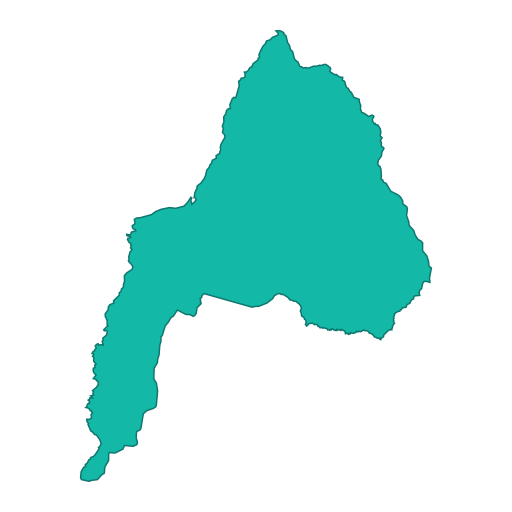 outline of San Andrès, Antioquia, Colombia
{"feature_id": "7082276B55021826585662", "entity_name": "San Andrès", "entity_type": "district", "adm_level": 2, "iso_a3": "COL", "parent_name": "Colombia", "parent_adm1": "Antioquia", "projection": "orthographic", "projection_center": [-75.67, 6.907], "detail": "fine", "context": "isolated", "style": "filled", "palette": "teal", "viewbox_px": 512, "rotation_deg": 0, "n_neighbors": 0, "source": "geoboundaries", "source_scale": "gbopen_adm2", "svg_char_len": 5976}
<svg xmlns="http://www.w3.org/2000/svg" viewBox="0 0 512 512"><path d="M276.0,30.9L278.2,33.2L277.8,35.2L272.5,37.3L270.1,39.8L266.4,41.0L265.6,43.4L263.1,46.1L260.9,50.0L258.9,54.8L259.6,57.1L258.2,58.2L258.1,59.8L253.0,63.8L252.1,65.9L252.3,66.6L249.8,67.7L248.0,70.8L246.2,72.0L244.4,72.1L245.1,74.0L244.9,77.1L243.7,77.9L241.3,78.1L240.2,80.2L238.6,81.3L239.2,85.7L236.0,97.1L235.4,97.8L233.9,97.3L232.3,98.7L229.8,104.8L230.5,108.6L228.5,108.6L226.5,110.5L225.9,113.6L223.7,116.9L223.9,121.9L222.3,126.3L223.3,128.4L222.5,132.6L224.5,134.7L225.0,137.1L220.9,144.5L220.3,147.6L220.7,150.3L219.8,151.8L219.7,153.4L216.1,155.6L216.3,158.3L212.4,160.2L211.6,162.9L209.8,165.2L209.2,167.3L206.8,170.1L205.5,175.7L204.0,178.9L200.8,183.2L197.2,185.9L196.8,188.7L194.9,192.5L194.1,197.6L195.1,197.4L196.2,199.6L195.1,201.4L191.9,204.4L190.8,200.1L191.8,198.0L190.9,197.3L187.5,202.5L183.9,206.2L175.7,208.3L169.4,207.6L161.2,209.3L155.6,211.6L151.3,214.7L140.2,217.7L136.3,218.1L134.3,219.4L135.0,223.0L134.6,224.2L132.4,225.6L132.2,226.5L133.1,228.8L135.4,229.6L135.8,230.8L131.6,232.0L131.1,232.5L131.2,233.7L129.9,234.9L126.7,234.3L126.9,235.5L128.1,236.2L129.6,236.1L130.7,237.1L130.7,237.6L127.9,238.4L127.5,239.5L129.2,242.6L131.0,243.7L130.7,245.2L131.5,246.1L130.5,247.9L132.0,249.6L130.0,252.1L128.7,257.0L129.1,259.5L128.4,260.5L128.9,261.8L131.7,264.7L133.0,267.4L131.9,269.5L126.8,272.8L124.4,275.6L124.5,281.5L123.5,284.2L123.5,287.0L121.3,289.3L121.2,291.4L119.3,292.6L119.3,295.2L113.6,300.7L113.8,303.0L109.9,304.7L108.5,306.5L108.1,309.9L105.2,313.8L105.3,316.4L107.2,320.6L107.1,324.8L107.9,325.6L103.7,329.8L104.3,330.8L106.5,330.6L107.4,331.4L106.5,335.1L102.8,338.2L103.3,339.8L102.2,341.2L103.3,345.1L100.7,344.6L98.8,345.4L98.2,343.8L96.5,344.4L95.2,346.1L96.2,347.7L95.9,348.6L94.9,349.4L94.4,351.1L93.1,351.5L92.0,353.5L93.8,354.1L93.7,355.1L92.5,356.2L93.9,357.7L93.6,361.2L96.1,364.1L94.7,365.1L95.1,367.4L93.3,368.3L93.6,369.3L93.1,370.2L93.7,372.5L96.0,375.1L93.3,378.6L96.0,379.4L96.5,380.7L98.0,381.3L98.3,384.5L96.4,387.4L92.5,390.6L93.5,391.7L92.9,393.5L93.6,395.1L90.6,395.8L92.5,398.0L89.9,397.8L89.7,399.0L88.2,400.1L89.7,401.3L89.2,402.2L89.5,403.4L88.1,403.6L87.3,404.4L86.9,406.5L85.8,407.5L87.4,407.7L89.7,409.4L90.3,410.8L91.6,410.9L91.6,412.0L92.6,413.1L91.0,414.7L91.6,417.8L89.2,419.5L87.0,419.1L86.7,420.4L87.5,422.4L88.6,423.3L88.0,424.3L90.7,430.9L92.5,432.0L94.7,434.6L96.4,434.9L99.8,439.7L101.2,443.6L99.4,447.1L98.5,447.4L99.1,448.5L98.4,449.9L94.8,455.2L93.3,456.6L90.9,457.4L90.1,459.1L88.8,459.9L87.0,463.5L85.3,464.4L85.5,466.5L83.6,467.4L81.1,471.9L80.6,477.8L81.5,479.6L89.1,481.3L91.4,480.4L97.4,479.6L101.8,474.8L104.3,473.2L104.9,466.9L108.6,460.6L108.7,453.9L109.5,452.6L115.1,453.0L122.8,449.2L124.6,445.5L133.2,446.3L136.9,444.6L137.5,442.2L136.2,438.1L136.5,432.3L136.9,431.5L140.0,429.9L140.9,428.4L143.3,413.8L146.7,410.7L153.6,408.3L155.7,406.8L156.3,405.3L157.6,391.0L156.4,383.2L153.8,378.8L154.1,368.4L157.4,362.7L157.7,358.9L159.0,355.2L159.8,345.1L160.9,341.6L161.0,336.8L162.2,335.7L165.2,326.0L168.8,321.5L170.8,317.8L173.4,316.1L177.4,310.0L185.8,314.4L190.0,314.6L193.3,316.4L194.8,315.3L196.2,313.4L197.0,307.7L201.1,303.7L201.0,302.5L200.2,302.0L200.7,300.5L200.0,298.7L201.5,297.6L202.2,295.2L204.1,293.6L252.1,307.2L255.8,306.3L258.6,306.4L267.0,303.0L272.7,298.6L274.3,295.8L277.5,293.8L279.5,293.5L281.4,294.5L283.1,294.4L288.0,297.4L289.8,299.8L293.0,300.6L293.9,301.3L295.5,301.1L299.3,304.1L300.8,306.1L301.4,308.6L300.3,310.9L301.5,314.0L301.5,315.9L303.9,317.4L304.5,319.2L305.9,320.3L306.1,322.3L305.4,324.5L306.6,326.0L308.2,324.7L308.5,323.7L312.5,323.2L314.5,324.7L316.8,324.3L318.1,326.4L318.7,326.2L320.1,327.8L321.9,327.4L322.4,328.1L324.4,327.9L327.2,328.9L327.8,330.0L328.9,329.7L329.8,330.3L330.4,329.4L331.5,329.9L332.2,328.6L334.3,330.2L335.9,330.5L336.7,329.4L337.1,330.3L337.8,329.7L339.2,330.1L340.0,329.6L341.0,330.5L341.5,329.5L344.9,331.2L345.5,333.7L346.6,333.0L348.3,334.3L348.7,333.6L349.6,334.1L350.2,332.9L350.7,333.5L351.6,332.7L353.1,333.3L355.2,332.8L356.2,332.2L356.5,331.2L358.3,331.9L359.1,331.3L360.2,331.7L361.7,331.3L363.6,329.8L364.9,330.8L367.1,330.7L368.7,331.8L369.3,333.2L370.8,333.4L373.3,335.1L374.4,337.0L375.8,336.9L376.3,337.8L378.6,338.4L379.9,338.2L379.9,339.4L380.8,339.7L381.0,338.6L383.5,336.7L383.8,334.9L388.0,330.8L389.3,330.0L391.8,329.7L391.3,329.0L392.4,327.9L392.7,325.6L394.5,323.3L393.5,321.8L393.9,321.0L393.4,319.5L394.1,318.1L393.6,316.5L394.5,315.5L394.4,313.9L397.4,311.7L399.9,311.1L400.3,309.8L401.4,309.7L401.8,308.5L403.0,307.7L406.0,307.3L407.1,304.5L409.7,303.4L411.6,299.7L413.5,299.0L413.8,296.9L414.6,295.9L419.7,295.4L419.2,293.1L419.6,290.4L421.6,288.7L422.6,283.7L423.6,281.8L425.7,281.2L429.9,282.4L429.5,277.9L431.4,268.0L429.0,266.2L428.5,261.2L426.8,255.9L422.6,250.8L422.6,242.7L420.7,240.8L417.9,239.4L415.1,234.9L413.7,230.4L410.0,226.5L409.0,224.7L408.7,221.6L406.5,215.5L407.4,209.5L406.9,206.9L402.7,203.8L402.8,201.2L400.7,197.3L398.2,195.0L390.7,191.2L386.2,183.4L383.5,182.2L382.7,180.0L381.0,179.0L381.4,175.7L380.9,169.2L379.9,166.3L378.3,165.5L377.8,163.0L378.5,160.0L381.3,156.3L382.0,151.9L383.9,148.7L383.6,147.6L381.4,146.4L381.3,142.2L380.2,141.0L382.1,137.6L380.2,136.1L380.8,132.2L380.3,128.9L378.0,125.2L375.4,124.4L375.2,123.5L374.1,123.5L372.7,121.3L372.3,119.4L373.9,116.7L373.4,115.8L372.0,115.1L368.7,116.5L363.9,113.1L361.8,112.6L360.4,108.9L360.7,105.4L359.5,102.4L359.1,99.3L353.8,97.3L351.3,92.3L349.7,91.3L348.3,88.5L346.8,87.6L346.0,86.2L344.6,81.3L342.3,80.1L342.7,77.4L339.2,76.9L336.2,74.4L334.9,74.8L329.6,71.5L330.7,69.0L330.0,67.3L328.6,66.7L327.9,65.7L325.6,64.4L324.4,64.4L320.8,65.6L319.9,65.2L316.8,66.2L313.8,66.1L308.2,68.2L305.5,67.5L303.5,68.1L301.7,66.8L299.9,66.4L297.8,61.8L296.2,60.9L294.4,58.7L292.6,51.5L290.5,49.6L289.5,45.5L287.5,42.4L286.1,36.0L283.7,33.7L283.7,32.6L281.2,31.2L279.7,30.7L276.0,30.9Z" fill="#14b8a6" stroke="#0f766e" stroke-width="1.5"/></svg>